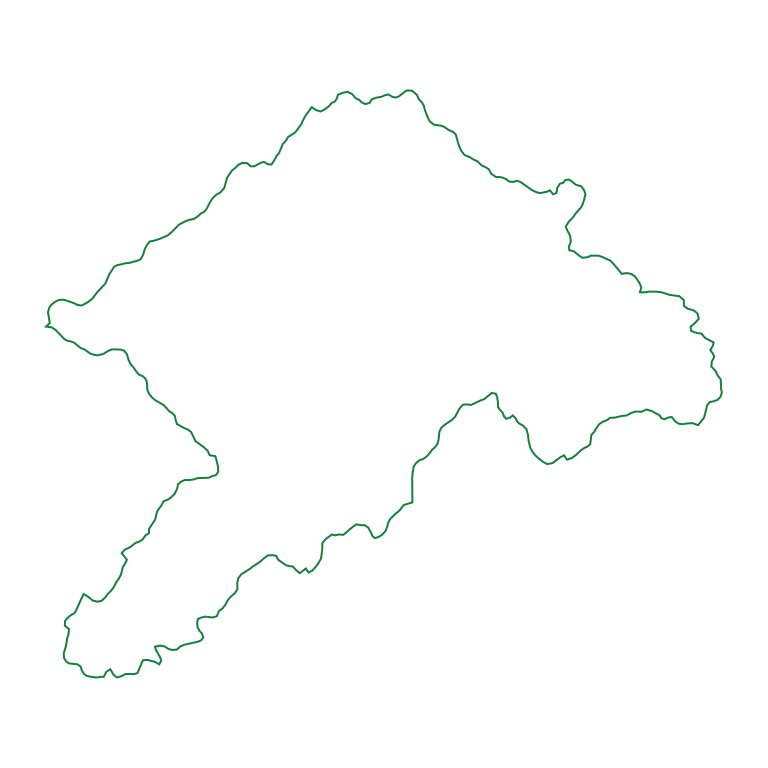 the district of Joaíma, Minas Gerais, Brazil
{"feature_id": "56859067B17378222637082", "entity_name": "Joaíma", "entity_type": "district", "adm_level": 2, "iso_a3": "BRA", "parent_name": "Brazil", "parent_adm1": "Minas Gerais", "projection": "albers", "projection_center": [-41.029, -16.798], "detail": "fine", "context": "isolated", "style": "outline", "palette": "green", "viewbox_px": 768, "rotation_deg": 0, "n_neighbors": 0, "source": "geoboundaries", "source_scale": "gbopen_adm2", "svg_char_len": 6055}
<svg xmlns="http://www.w3.org/2000/svg" viewBox="0 0 768 768"><path d="M412.4,502.4L412.2,477.5L412.7,472.2L413.6,467.0L415.7,463.4L419.4,460.2L423.1,459.1L426.6,456.5L429.7,453.1L431.8,450.1L435.2,447.0L437.6,443.7L438.5,440.0L439.4,431.8L441.1,428.0L444.5,425.0L452.2,419.7L455.2,416.6L459.6,408.4L463.0,404.7L467.4,404.4L471.0,405.0L480.4,400.5L484.3,399.1L491.8,392.9L495.8,393.8L497.2,397.3L497.9,402.0L498.0,406.8L499.8,409.8L502.6,412.6L504.0,416.3L506.2,418.8L509.8,417.7L512.8,415.4L515.4,418.0L516.9,421.0L519.3,423.6L523.1,425.6L526.4,429.1L528.0,434.9L528.7,441.5L530.3,447.6L532.2,451.3L535.0,455.1L539.2,458.9L543.0,461.8L547.2,464.1L552.5,463.1L559.9,457.5L564.1,455.3L567.0,459.7L572.1,457.9L575.6,455.3L580.9,450.3L584.2,448.0L587.3,446.7L590.2,444.2L591.4,434.9L594.2,431.9L596.5,427.9L599.0,424.4L602.2,422.0L606.7,420.3L610.0,417.8L614.4,417.7L622.0,415.9L626.6,415.5L630.8,413.1L635.8,411.5L641.6,411.8L646.3,409.5L652.0,411.1L656.4,413.7L659.4,415.1L661.3,418.1L664.5,419.3L668.0,417.6L671.7,417.0L674.8,420.9L678.3,423.6L682.5,424.2L687.4,423.4L692.8,423.2L698.1,425.2L704.1,417.6L707.2,405.2L709.7,402.1L713.7,401.3L717.7,399.8L720.5,396.8L721.9,392.4L721.1,388.9L720.7,379.4L717.6,375.4L715.5,370.9L711.3,366.4L711.8,361.6L714.3,356.7L712.7,353.3L710.3,350.1L712.8,345.8L713.6,342.4L705.1,338.0L701.4,333.6L697.5,333.1L694.2,332.2L691.0,330.6L690.6,326.7L695.1,322.9L698.8,318.8L697.5,313.5L693.9,310.5L687.8,308.7L683.9,305.9L683.8,300.1L679.3,296.2L669.7,294.9L662.0,292.4L655.7,291.6L649.4,291.6L644.5,292.4L639.9,292.2L641.3,287.6L639.8,283.6L637.6,280.1L634.9,276.4L631.2,273.9L626.8,273.1L621.7,273.8L614.2,264.7L610.5,260.7L602.4,257.0L598.7,255.7L590.8,255.7L587.6,257.2L582.5,257.8L578.6,255.3L574.2,251.5L569.3,250.2L569.0,246.3L570.8,241.6L570.1,235.6L567.6,231.1L565.7,226.6L568.9,221.5L572.9,217.5L575.6,213.6L581.1,207.3L582.7,204.1L584.3,199.2L585.5,193.9L583.5,189.1L581.0,186.2L575.7,184.7L572.2,181.6L569.1,179.6L565.4,180.0L563.3,182.7L560.0,183.7L557.2,187.8L556.5,192.9L553.1,194.3L549.9,190.3L546.8,191.8L539.8,193.1L536.3,192.1L532.1,190.2L520.2,181.8L517.0,180.8L513.2,181.9L509.5,181.7L506.0,179.1L501.8,177.3L495.7,176.9L491.1,173.6L488.8,169.3L485.8,167.3L482.0,165.6L477.4,161.3L472.8,159.2L469.7,157.0L464.6,155.1L461.1,150.6L459.4,146.6L458.1,142.9L455.8,134.5L453.3,132.1L448.6,129.9L444.8,127.3L441.8,125.8L433.9,124.7L429.9,121.5L428.0,118.0L424.8,109.8L423.9,105.9L422.1,102.6L419.0,99.5L416.9,94.9L412.0,90.7L406.4,90.5L398.8,96.4L395.5,97.6L392.2,96.7L388.3,94.4L384.8,95.3L381.3,96.8L376.4,97.7L371.6,99.4L369.7,102.8L365.5,104.1L361.5,102.3L359.2,99.8L355.8,98.4L352.2,94.2L347.6,91.8L342.6,92.9L338.0,94.8L336.8,98.6L334.7,101.7L331.5,103.0L328.9,106.3L324.5,109.5L320.6,111.5L316.1,110.1L311.7,107.2L305.7,115.5L303.6,119.1L301.4,123.9L298.0,128.8L295.0,132.6L288.1,137.0L285.7,141.0L282.8,144.0L279.1,153.0L276.6,155.9L274.2,160.5L271.5,164.5L268.0,164.3L264.0,161.9L260.8,162.8L254.2,166.3L250.7,166.3L247.3,163.2L242.3,163.0L238.3,164.8L235.7,167.6L232.1,170.3L227.2,177.4L224.2,188.1L220.2,192.6L216.1,194.8L212.7,198.1L210.1,202.0L206.9,208.4L204.6,211.5L201.1,213.4L197.4,216.7L193.7,219.0L189.7,219.7L186.0,221.0L178.9,224.7L171.8,232.0L167.9,235.3L159.4,239.0L153.9,240.7L149.7,241.5L147.1,244.7L144.8,249.1L143.2,254.4L141.0,258.9L137.7,260.6L129.7,262.8L125.4,263.2L121.0,264.4L117.7,265.0L114.2,266.7L109.3,274.2L105.4,283.5L97.5,291.9L92.3,298.7L87.8,302.2L81.8,305.5L77.7,305.0L73.8,303.1L66.1,300.4L62.4,299.7L58.9,299.9L55.3,301.7L51.9,304.3L49.3,307.6L48.0,312.1L49.8,323.1L46.1,326.6L51.5,327.3L55.7,330.0L64.5,339.2L67.5,340.8L70.7,341.4L73.7,342.4L80.3,347.8L84.8,349.6L90.3,353.6L93.6,354.7L97.7,355.3L103.5,353.9L108.0,351.0L112.0,349.4L116.9,349.4L121.1,349.7L124.3,350.8L127.1,354.6L128.5,359.8L130.4,363.8L133.2,367.1L136.0,371.1L139.0,374.6L142.7,376.2L145.3,378.4L146.9,382.3L147.4,390.2L149.4,394.2L152.4,397.9L156.1,400.8L163.5,404.9L166.7,408.3L169.2,411.3L172.2,413.0L174.9,416.0L175.7,420.3L177.0,424.0L183.7,427.8L187.9,429.6L191.1,432.0L195.5,441.2L203.9,447.2L207.7,450.9L209.7,455.2L215.3,456.2L216.8,461.5L218.1,467.0L218.2,471.9L215.8,475.2L212.1,476.1L208.6,477.8L198.1,478.0L193.9,479.4L189.5,480.0L184.6,480.1L181.5,481.4L178.1,484.1L177.1,488.8L174.6,493.9L170.3,498.0L167.3,499.9L163.6,501.2L161.7,504.9L157.2,511.3L155.1,519.6L148.9,529.1L149.1,533.1L145.5,535.4L142.5,539.6L139.0,541.8L135.6,542.9L129.9,547.3L124.7,549.7L121.7,553.2L126.9,559.7L125.2,563.3L122.9,566.9L121.0,574.4L119.0,578.4L116.5,581.9L113.6,587.4L110.7,591.1L108.0,593.7L105.1,597.5L101.6,600.8L97.5,601.7L92.6,600.5L88.6,597.1L83.7,594.0L81.2,599.0L76.4,609.8L74.5,613.1L70.7,615.3L67.3,618.2L65.0,621.1L64.9,625.9L68.9,628.8L68.5,634.5L67.0,638.9L66.7,642.2L65.7,646.9L63.8,653.1L64.0,657.9L66.1,661.5L69.0,663.4L77.5,664.3L80.8,666.7L81.6,669.9L84.0,673.8L86.6,675.8L91.1,676.8L96.4,677.5L100.3,676.9L103.7,676.8L106.4,671.8L110.3,669.2L113.5,674.7L117.0,677.5L121.8,676.0L125.8,674.0L134.1,674.1L137.5,673.0L142.9,660.2L147.7,659.9L155.3,662.0L159.2,664.4L161.3,660.6L160.1,657.2L156.1,650.3L155.0,646.7L160.1,645.6L164.3,646.3L168.3,648.8L172.2,650.0L177.0,649.5L180.1,646.5L184.4,644.7L198.0,641.7L201.3,640.2L203.2,637.5L202.0,633.7L199.6,630.9L197.7,627.6L197.2,623.4L197.8,619.0L201.2,617.6L205.2,616.6L212.6,617.5L216.9,616.2L219.0,610.9L222.3,608.7L225.6,604.4L228.1,599.7L230.9,596.5L234.9,593.2L237.5,588.8L237.2,583.5L238.2,578.4L241.4,574.2L246.6,571.0L250.3,568.5L253.0,566.3L256.1,564.5L260.1,561.7L264.3,558.0L267.8,555.5L272.2,555.1L276.2,555.8L278.1,559.7L285.6,565.0L288.8,566.1L292.8,566.5L296.3,570.3L299.8,573.2L305.8,568.5L308.6,572.5L312.3,570.6L315.4,567.2L318.2,563.5L321.0,558.6L322.3,549.1L322.3,543.2L325.5,539.2L331.9,534.5L335.2,535.3L338.9,534.5L343.4,534.8L352.2,527.3L356.2,524.3L360.7,525.1L364.3,525.1L368.0,527.3L370.9,532.2L372.3,535.9L374.8,538.1L378.0,537.2L381.7,535.1L385.4,531.3L387.2,526.7L388.2,522.9L389.9,519.3L395.4,513.8L398.2,511.7L400.6,509.2L403.8,505.0L412.4,502.4Z" fill="none" stroke="#15803d" stroke-width="2"/></svg>